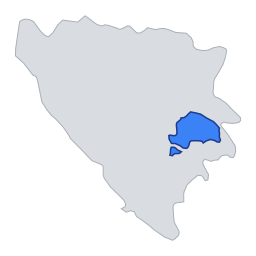 Sarajevo-romanija on a map of Bosnia and Herzegovina (orthographic projection)
{"feature_id": "BIH-4806", "entity_name": "Sarajevo-romanija", "entity_type": "state/province", "adm_level": 1, "iso_a3": "BIH", "parent_name": "Bosnia and Herzegovina", "parent_adm1": "", "projection": "orthographic", "projection_center": [18.669, 43.854], "detail": "fine", "context": "in_parent", "style": "filled", "palette": "blue", "viewbox_px": 256, "rotation_deg": 0, "n_neighbors": 0, "source": "natural_earth", "source_scale": "10m", "svg_char_len": 2703}
<svg xmlns="http://www.w3.org/2000/svg" viewBox="0 0 256 256"><path d="M226.1,49.2L226.6,51.0L225.4,57.4L223.0,64.4L219.0,71.6L214.8,78.4L213.7,81.9L213.5,87.6L213.0,92.1L213.6,94.6L215.0,96.8L219.7,98.6L226.0,103.1L231.5,108.9L238.4,115.5L240.6,117.9L240.6,120.6L238.6,122.6L232.7,123.4L226.6,122.9L224.2,122.2L222.0,123.0L220.6,124.6L221.4,126.4L227.8,134.4L235.2,146.0L235.7,150.9L234.8,154.9L233.2,157.6L230.1,157.2L227.7,155.1L224.2,155.2L221.4,155.9L217.9,160.1L216.1,159.9L213.0,160.6L211.1,161.4L208.0,160.2L204.7,159.4L203.3,160.7L202.7,163.2L204.7,167.6L208.5,174.6L207.9,180.0L205.1,180.6L202.4,176.1L200.1,175.4L197.4,175.6L191.3,180.7L186.8,185.1L185.8,188.1L184.2,191.4L183.7,193.8L183.8,201.8L175.7,203.0L174.0,204.2L173.0,206.6L173.6,216.9L174.3,222.4L178.9,230.9L179.1,233.5L178.4,235.3L175.1,238.7L173.5,239.9L172.4,240.2L167.0,238.0L164.4,237.0L153.6,229.4L148.8,225.2L141.3,219.7L136.6,216.6L134.3,211.8L130.6,210.7L126.2,212.2L121.3,208.7L124.8,207.0L125.7,205.3L125.3,203.1L123.8,200.1L110.6,187.1L104.2,178.2L103.2,175.1L103.2,166.7L101.7,164.7L92.0,160.7L81.4,149.6L70.4,138.6L69.0,135.6L63.4,127.4L56.6,119.9L51.1,115.0L46.7,109.6L41.9,102.0L39.6,90.6L37.6,80.6L36.1,76.6L33.0,75.2L23.5,63.0L15.4,55.8L15.7,48.3L17.5,36.0L19.6,21.9L21.7,20.1L25.5,19.1L29.8,19.7L33.5,21.5L40.7,31.4L44.8,35.3L48.4,36.9L52.7,32.9L58.1,24.5L62.7,20.1L77.7,22.1L85.2,15.8L97.0,24.6L102.0,26.0L104.8,24.8L108.5,25.4L116.9,28.1L118.8,29.2L121.4,29.0L127.6,25.8L129.8,26.2L136.8,32.9L140.4,33.0L144.7,30.2L147.5,27.7L155.7,29.6L160.4,28.6L164.2,28.5L168.5,29.6L172.3,31.2L176.0,32.5L186.2,33.2L191.0,37.4L193.0,41.4L193.0,43.9L193.5,46.6L196.3,49.2L202.4,50.6L206.2,50.3L208.3,50.1L213.5,47.7L219.6,46.5L224.0,47.9L226.1,49.2Z" fill="#d9dde1" stroke="#a8b0b8" stroke-width="1"/><path d="M181.7,117.8L183.8,117.7L186.0,116.4L188.6,113.7L190.5,111.9L195.6,112.9L200.7,114.2L206.4,117.9L213.7,121.8L216.6,124.8L219.5,128.2L219.0,129.5L219.5,133.8L219.3,136.8L220.5,140.1L219.3,142.2L216.7,141.8L214.7,140.5L210.4,139.5L206.3,140.9L203.2,143.0L201.8,141.2L199.0,140.8L193.4,140.7L190.7,141.0L189.5,142.6L188.9,145.3L187.9,147.3L186.8,148.3L184.6,148.2L183.1,148.0L182.9,147.8L180.0,145.6L177.5,144.6L175.7,143.6L173.1,143.5L171.5,143.4L170.7,142.0L169.1,139.1L169.0,137.2L168.8,135.6L169.6,135.1L172.0,135.4L173.6,135.7L175.4,135.5L176.4,134.7L176.9,133.6L176.9,131.0L176.7,128.6L176.4,125.6L176.5,123.6L177.1,122.4L178.9,121.0L180.6,119.5L181.1,117.8L181.7,117.8ZM169.9,155.2L170.4,152.7L170.6,149.2L171.3,147.2L173.1,147.3L174.3,147.3L176.0,148.4L177.4,149.9L179.4,150.8L181.4,151.7L179.6,153.3L177.3,153.6L174.6,153.6L172.3,155.7L169.9,155.2Z" fill="#3b82f6" stroke="#1e3a8a" stroke-width="1.5"/></svg>